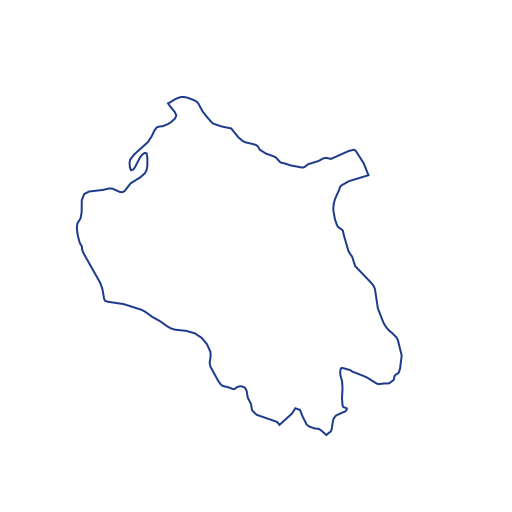 Paktika, Albers equal-area conic projection, rotated 118°
{"feature_id": "AFG-1759", "entity_name": "Paktika", "entity_type": "Province", "adm_level": 1, "iso_a3": "AFG", "parent_name": "Afghanistan", "parent_adm1": "", "projection": "albers", "projection_center": [68.71, 32.511], "detail": "fine", "context": "isolated", "style": "outline", "palette": "blue", "viewbox_px": 512, "rotation_deg": 118, "n_neighbors": 0, "source": "natural_earth", "source_scale": "10m", "svg_char_len": 3133}
<svg xmlns="http://www.w3.org/2000/svg" viewBox="0 0 512 512"><g transform="rotate(118 256 256)"><path d="M365.8,369.1L365.4,369.8L357.4,376.0L352.8,381.0L334.4,409.8L332.0,412.5L329.4,414.1L327.2,417.7L321.9,422.7L315.8,427.1L311.3,429.0L305.1,428.6L299.4,430.4L288.6,436.0L281.9,436.8L277.4,433.6L269.6,422.3L265.2,417.2L263.9,414.2L263.4,406.2L262.3,403.8L260.2,402.5L250.7,400.8L240.8,395.1L235.1,392.9L231.3,393.0L227.3,394.3L220.0,398.2L216.7,400.8L217.3,402.8L220.2,404.1L223.9,404.7L234.1,404.5L237.3,404.9L238.9,406.7L236.7,409.2L233.0,411.4L230.1,412.3L223.8,411.3L206.1,404.9L199.4,404.3L192.7,404.6L189.0,404.0L186.9,401.9L185.2,399.3L180.9,395.7L177.2,393.7L172.9,392.1L169.4,392.3L167.2,394.9L163.6,403.4L162.5,405.3L161.3,404.4L155.1,400.7L152.1,398.2L150.8,396.7L149.9,395.2L149.1,393.3L148.6,391.5L148.2,389.5L147.7,385.5L147.5,382.5L147.6,381.2L147.7,380.1L148.4,378.6L153.5,370.9L156.5,364.0L158.6,358.6L159.1,356.7L159.1,356.1L159.0,354.6L157.8,347.2L155.0,337.8L159.5,327.3L160.7,321.8L160.7,320.1L160.5,318.4L158.3,310.1L158.0,307.8L158.3,306.2L158.8,305.0L160.4,302.6L160.9,295.2L159.7,287.1L159.7,284.9L160.3,282.8L161.7,279.1L161.8,277.8L161.4,276.2L160.8,274.0L159.7,267.8L156.4,257.3L155.8,256.0L155.2,255.4L154.6,254.9L151.1,253.3L150.2,252.8L142.9,245.5L138.0,242.2L136.4,240.1L135.1,235.4L119.7,223.4L116.2,219.4L116.1,218.5L116.3,217.6L116.8,216.4L123.6,204.4L131.9,194.6L146.1,208.9L153.0,213.4L154.6,214.0L156.0,214.2L158.1,213.7L168.3,213.0L172.7,212.1L177.2,210.3L179.4,209.1L186.2,203.8L190.6,199.2L191.9,197.1L192.2,193.9L192.6,192.0L192.9,191.2L194.6,189.7L196.6,188.0L208.2,176.8L210.2,173.4L211.4,170.9L218.4,163.6L226.0,140.6L227.3,138.1L229.3,135.5L244.9,123.9L254.8,112.5L256.7,109.6L258.3,106.3L259.4,103.1L260.2,99.4L261.9,93.8L263.8,91.1L275.4,80.7L275.8,80.5L287.9,75.9L292.2,75.2L295.3,77.0L297.0,77.3L298.3,77.0L299.5,76.4L300.5,76.3L301.3,76.5L305.0,78.2L306.0,78.9L306.6,79.6L308.4,83.1L311.0,86.7L311.6,87.8L311.9,89.1L311.9,91.2L311.2,100.6L311.4,104.6L312.8,116.3L312.8,117.4L312.6,118.3L312.6,120.0L313.2,122.2L314.1,126.7L314.9,128.1L315.4,128.2L315.9,128.1L317.0,127.9L319.4,126.9L321.8,125.4L326.3,121.1L333.0,117.1L341.2,113.3L346.9,109.7L348.3,108.3L348.3,107.7L348.3,107.2L348.1,106.6L348.0,105.8L347.9,104.5L348.3,104.0L348.8,103.8L349.8,103.8L350.9,104.1L351.6,104.4L352.3,104.9L352.7,105.4L354.1,106.5L359.1,110.4L362.6,111.1L365.6,110.6L373.2,107.9L375.9,107.6L377.1,108.2L377.7,108.6L381.0,109.7L379.3,117.3L379.2,119.6L379.5,120.0L380.1,121.6L380.8,123.7L381.5,128.3L381.4,130.4L381.0,132.1L376.1,139.2L371.2,144.9L372.0,149.8L378.4,150.3L394.1,156.0L392.6,159.4L395.9,180.9L394.2,186.7L393.3,187.7L389.0,191.0L384.9,196.8L379.3,201.1L377.5,203.8L377.8,207.6L378.7,209.2L379.9,210.5L381.3,211.5L382.8,212.1L383.9,212.9L384.4,214.4L384.7,217.9L386.4,224.5L385.9,226.9L383.9,230.9L375.2,244.2L372.2,246.7L365.3,249.2L361.9,251.4L356.9,257.9L353.8,265.4L353.0,273.7L354.8,282.2L359.2,293.3L359.9,297.5L359.7,301.8L358.6,310.3L358.5,318.8L357.3,327.2L357.2,331.5L360.6,350.3L366.0,365.4L366.4,368.0L365.8,369.1Z" fill="none" stroke="#1e3a8a" stroke-width="2"/></g></svg>